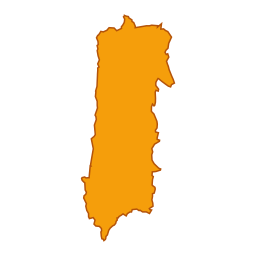 Bayamón, Puerto Rico (Equal Earth projection)
{"feature_id": "32010507B22305202508705", "entity_name": "Bayamón", "entity_type": "district", "adm_level": 2, "iso_a3": "PRI", "parent_name": "Puerto Rico", "parent_adm1": "", "projection": "equal_earth", "projection_center": [-66.167, 18.345], "detail": "fine", "context": "isolated", "style": "filled", "palette": "amber", "viewbox_px": 256, "rotation_deg": 0, "n_neighbors": 0, "source": "geoboundaries", "source_scale": "gbopen_adm2", "svg_char_len": 2623}
<svg xmlns="http://www.w3.org/2000/svg" viewBox="0 0 256 256"><path d="M90.2,165.8L89.1,177.7L86.0,177.9L84.7,177.0L82.1,177.6L81.6,178.5L82.2,180.4L83.9,182.1L84.8,182.8L85.2,190.0L86.4,192.2L85.8,194.3L84.1,195.7L83.7,198.0L85.5,201.8L86.4,203.6L85.8,206.2L86.8,210.4L88.5,213.4L88.6,217.0L88.9,217.3L89.4,218.6L93.2,217.6L95.0,220.1L94.0,224.1L95.8,226.0L99.4,226.4L101.4,228.5L101.6,230.8L100.9,232.0L101.3,236.2L101.9,238.8L103.3,239.2L103.9,240.6L105.4,239.4L105.8,238.2L105.9,236.5L107.4,234.9L108.7,230.4L110.1,228.2L112.6,225.9L114.4,225.0L115.7,223.3L116.2,221.2L117.2,220.1L117.1,217.9L118.4,217.8L118.9,216.6L121.4,215.1L123.0,213.9L126.2,215.9L127.3,213.7L129.9,212.0L131.5,212.0L132.2,209.6L136.8,209.1L139.1,210.6L140.0,210.2L142.6,211.9L146.3,211.9L149.5,213.5L151.6,210.0L149.8,209.6L149.3,208.5L153.0,206.2L152.8,203.2L151.9,199.9L152.5,196.5L152.5,193.7L154.2,193.1L155.1,189.7L155.2,188.8L154.9,187.3L153.1,186.0L152.1,185.0L152.5,179.5L153.3,176.6L152.0,175.5L152.3,171.9L155.9,171.5L160.4,170.1L160.7,169.0L158.7,168.2L154.1,163.7L152.8,161.5L152.0,160.0L151.7,154.8L152.7,151.9L151.8,148.6L153.9,145.3L154.5,144.2L156.7,142.9L159.4,141.3L159.6,140.2L157.2,139.4L157.1,138.0L158.4,132.7L155.6,132.0L155.4,130.2L157.0,128.0L157.3,124.2L156.9,121.3L153.9,114.0L151.4,111.4L151.4,110.3L151.5,106.7L152.5,104.1L154.0,105.9L154.7,105.3L155.4,102.3L155.5,98.3L155.2,92.1L156.0,90.3L158.2,91.1L158.6,89.2L155.8,85.5L155.8,82.7L156.3,81.4L158.0,78.5L158.5,78.6L161.9,81.4L165.5,84.1L168.3,86.1L170.6,86.9L171.5,84.6L174.4,83.1L173.2,79.5L171.6,75.9L169.1,69.6L168.3,66.3L167.6,64.6L167.1,63.0L166.5,61.2L168.8,57.1L167.7,53.8L166.3,54.5L165.0,52.3L165.9,50.3L168.0,48.2L168.7,43.3L171.5,37.1L167.8,31.6L165.5,30.5L163.6,28.9L160.8,29.1L161.5,23.7L157.5,27.1L157.7,25.7L152.7,25.3L151.7,25.2L149.4,25.8L146.4,25.8L138.2,27.2L136.3,27.5L135.2,27.7L135.3,26.3L133.7,22.5L132.0,21.5L131.9,19.9L128.9,17.9L128.4,16.6L125.7,16.0L124.5,15.4L124.5,15.7L123.5,16.8L124.7,19.1L124.3,22.3L122.9,24.9L121.4,26.8L121.4,27.7L121.5,28.4L116.7,30.7L114.1,28.0L109.1,27.7L107.0,30.1L106.9,30.3L103.7,31.7L103.3,31.9L100.8,31.4L99.9,33.0L98.4,35.1L97.7,35.4L96.5,37.8L98.0,41.4L98.2,44.6L97.1,45.5L97.9,48.9L97.2,50.6L98.1,55.8L99.4,59.9L97.7,63.9L99.0,67.0L97.7,68.0L97.8,69.9L97.5,74.4L97.5,75.0L97.0,86.4L95.6,91.2L95.9,91.8L95.8,92.6L95.4,96.6L96.7,99.9L97.2,101.3L97.2,105.4L97.5,108.0L95.3,114.4L95.1,115.2L95.2,115.4L95.9,116.6L96.3,119.5L94.4,125.1L95.3,134.6L94.0,136.6L93.0,137.3L91.3,138.8L93.0,147.2L93.3,148.8L92.4,154.0L90.5,165.2L90.9,165.9L90.2,165.8Z" fill="#f59e0b" stroke="#b45309" stroke-width="1.5"/></svg>